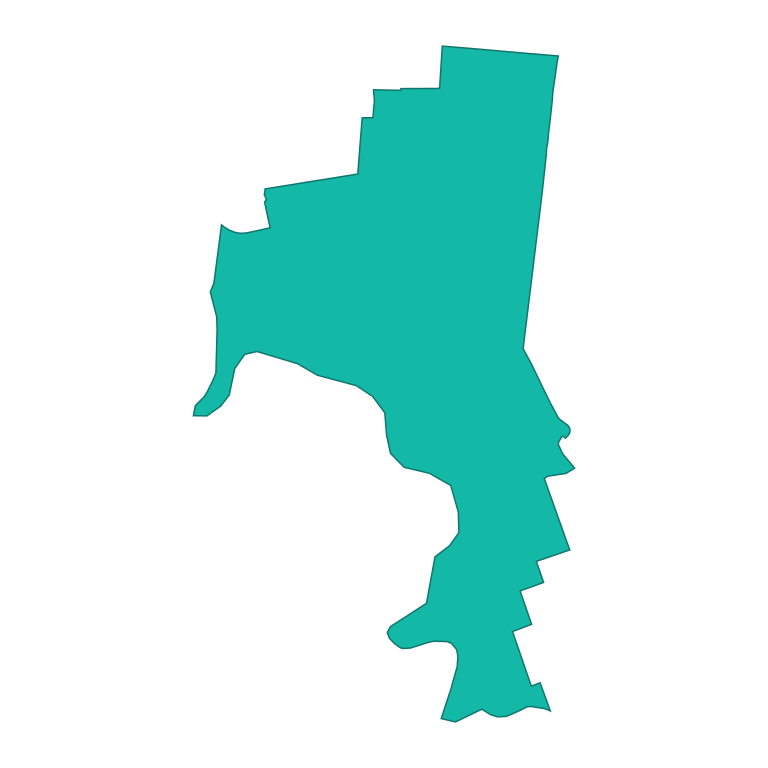 outline of Tudor Vladimirescu, Galati, Romania
{"feature_id": "2599482B92797551545765", "entity_name": "Tudor Vladimirescu", "entity_type": "district", "adm_level": 2, "iso_a3": "ROU", "parent_name": "Romania", "parent_adm1": "Galati", "projection": "mercator", "projection_center": [27.668, 45.548], "detail": "fine", "context": "isolated", "style": "filled", "palette": "teal", "viewbox_px": 768, "rotation_deg": 0, "n_neighbors": 0, "source": "geoboundaries", "source_scale": "gbopen_adm2", "svg_char_len": 3078}
<svg xmlns="http://www.w3.org/2000/svg" viewBox="0 0 768 768"><path d="M546.5,148.8L547.0,146.3L547.3,144.6L547.9,141.2L548.1,138.6L548.5,133.4L548.9,130.5L549.5,125.5L551.5,107.7L551.9,104.3L552.4,99.2L552.8,92.3L554.4,81.6L556.1,69.4L557.0,63.3L557.2,61.9L558.3,56.0L533.8,53.9L531.0,53.7L520.3,52.8L482.9,49.5L442.3,46.1L439.6,88.2L436.1,88.5L429.1,88.5L400.9,88.6L400.7,90.3L373.5,89.8L374.4,100.7L372.9,117.7L362.2,117.8L359.8,148.0L357.8,174.0L342.5,176.5L340.6,176.8L311.7,181.4L265.2,188.9L264.3,194.8L266.5,199.5L264.6,202.0L267.8,217.2L269.8,226.4L270.3,227.7L257.3,230.7L246.7,232.9L241.6,233.3L238.1,233.0L234.7,232.3L229.4,230.2L224.1,227.0L221.5,224.9L220.7,231.3L213.9,283.2L210.3,291.9L214.8,309.3L216.7,317.0L217.1,329.7L216.5,351.6L216.4,355.5L215.9,373.0L212.8,380.6L209.4,387.3L207.0,392.4L204.1,396.9L195.4,405.5L193.4,415.7L206.9,415.9L220.7,406.1L229.3,394.9L232.1,381.2L234.7,368.7L244.7,354.3L251.7,352.7L257.0,351.5L297.5,363.7L317.6,375.3L356.3,385.6L372.6,396.4L384.8,412.8L386.6,435.3L390.5,453.4L404.1,467.3L429.5,473.3L450.8,485.5L458.3,512.1L458.9,532.6L454.2,539.2L449.5,545.8L435.0,556.8L426.5,603.3L390.6,626.5L387.3,632.5L389.5,638.4L394.4,643.5L400.3,647.7L403.0,648.5L410.6,648.0L427.8,642.5L433.9,641.2L447.1,641.6L451.4,643.3L456.7,649.6L457.9,656.6L457.2,666.6L454.8,675.1L452.4,683.5L451.3,687.9L448.0,697.9L441.2,718.6L444.8,719.4L450.1,720.7L455.5,721.9L468.6,715.6L481.8,709.2L490.8,714.8L498.0,716.9L506.1,716.4L510.7,714.6L520.8,710.0L521.2,709.8L521.3,709.7L521.8,709.5L522.0,709.4L522.5,709.1L522.9,708.9L523.2,708.8L523.6,708.5L524.0,708.3L524.2,708.2L524.5,708.1L525.1,707.8L525.7,707.5L526.1,707.3L526.4,707.2L526.9,707.0L527.1,707.0L527.7,706.8L527.8,706.7L528.2,706.7L528.7,706.6L528.9,706.6L529.1,706.6L529.5,706.6L529.8,706.6L530.1,706.6L530.4,706.6L530.7,706.6L531.0,706.6L531.3,706.6L531.6,706.6L531.8,706.6L532.0,706.7L532.3,706.7L532.5,706.7L532.8,706.8L533.2,706.8L533.5,706.9L533.8,706.9L534.1,707.0L534.4,707.0L534.8,707.1L535.6,707.2L535.9,707.3L536.3,707.3L536.5,707.4L536.8,707.4L537.0,707.4L537.3,707.5L537.6,707.5L537.9,707.6L538.3,707.6L538.5,707.7L539.1,707.7L539.2,707.8L539.4,707.8L539.7,707.8L539.9,707.9L540.0,707.9L540.4,707.9L540.7,708.0L541.0,708.0L541.3,708.1L541.5,708.1L542.2,708.2L542.5,708.3L542.9,708.3L543.1,708.4L543.5,708.4L543.7,708.5L544.1,708.6L544.6,708.7L544.8,708.8L545.0,708.8L547.9,709.9L548.4,710.0L548.9,710.2L549.1,710.3L549.6,710.6L550.1,710.8L550.3,710.9L540.1,682.8L531.3,686.1L512.5,631.5L531.6,624.3L520.1,590.9L543.6,582.4L536.3,561.4L569.7,549.9L544.3,478.5L545.1,478.1L546.6,476.8L548.3,476.1L566.1,473.4L574.6,468.1L562.6,453.8L558.2,444.2L559.0,441.2L562.4,435.8L565.6,438.2L569.0,434.3L569.8,432.4L570.0,430.8L569.9,429.3L569.7,428.2L569.2,427.4L568.4,426.1L567.6,425.2L567.0,424.7L566.1,424.0L565.4,423.7L563.7,422.3L561.9,420.9L560.1,419.6L558.8,418.4L557.7,416.7L554.7,411.2L552.8,407.4L551.2,404.6L543.5,389.1L531.8,364.7L523.1,348.7L539.4,215.4L542.5,189.7L545.9,158.3L546.3,154.4L546.5,149.9L546.5,148.8Z" fill="#14b8a6" stroke="#0f766e" stroke-width="1.5"/></svg>